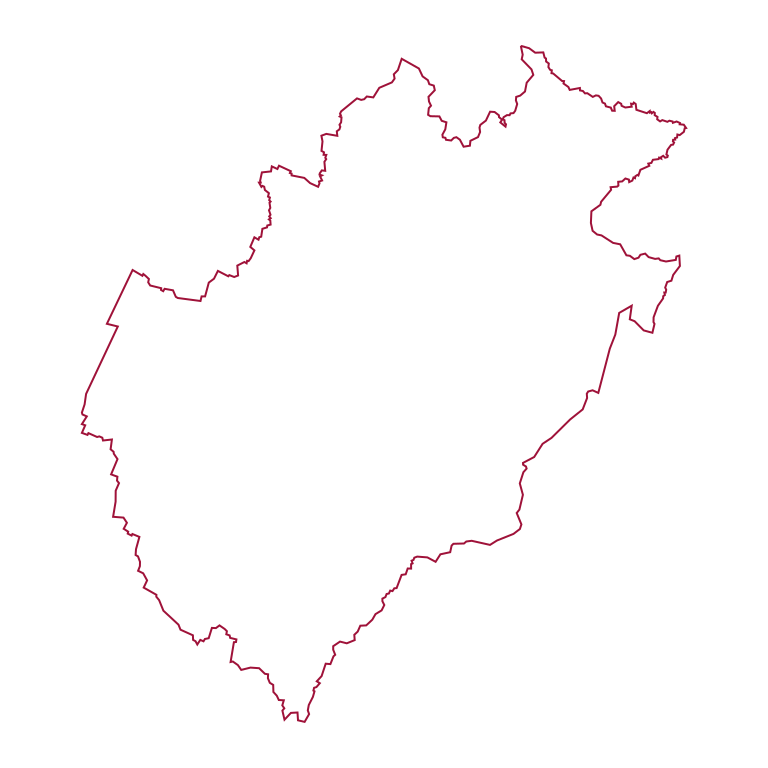 outline of Ban Khai, Rayong, Thailand
{"feature_id": "78962969B77323566799689", "entity_name": "Ban Khai", "entity_type": "district", "adm_level": 2, "iso_a3": "THA", "parent_name": "Thailand", "parent_adm1": "Rayong", "projection": "natural_earth1", "projection_center": [101.382, 12.833], "detail": "fine", "context": "isolated", "style": "outline", "palette": "rose", "viewbox_px": 768, "rotation_deg": 0, "n_neighbors": 0, "source": "geoboundaries", "source_scale": "gbopen_adm2", "svg_char_len": 6061}
<svg xmlns="http://www.w3.org/2000/svg" viewBox="0 0 768 768"><path d="M663.1,298.4L663.2,296.2L664.9,295.0L664.3,292.5L665.7,292.5L666.2,289.7L665.2,287.6L667.2,282.0L671.4,280.7L673.2,274.9L679.9,266.0L679.3,255.6L676.4,256.5L675.8,259.9L666.0,261.5L660.3,260.2L658.7,258.4L655.1,258.9L648.6,257.1L645.2,253.6L640.4,254.8L638.5,257.7L634.3,259.1L629.9,255.8L626.4,255.3L620.2,244.3L613.1,242.9L601.5,235.4L597.1,234.5L592.6,230.8L590.9,223.0L591.4,211.3L600.4,204.8L601.1,201.8L611.1,189.8L610.6,187.2L617.2,186.6L618.4,185.6L618.2,181.8L622.2,181.4L625.4,178.5L628.9,179.6L629.2,182.1L632.3,180.6L633.5,177.5L635.0,178.2L635.3,176.3L637.4,174.9L638.4,175.5L640.4,169.8L649.3,165.8L648.3,163.6L651.4,162.9L652.9,159.8L658.6,159.1L659.1,157.6L661.2,158.6L660.9,157.3L663.2,155.8L665.1,157.7L667.4,157.1L667.8,155.6L666.4,154.5L667.5,149.7L671.1,144.9L673.1,144.6L674.1,142.5L672.9,141.4L673.1,139.8L675.2,139.6L675.0,138.1L677.1,137.5L677.4,134.5L679.7,135.1L683.9,131.8L684.7,128.3L686.1,128.0L683.8,124.7L679.7,124.3L680.0,123.0L676.6,121.5L672.9,122.8L672.6,121.5L669.4,120.7L667.4,121.8L662.3,120.1L660.1,121.4L657.2,119.3L657.5,116.9L654.7,115.2L654.8,112.9L653.4,111.9L651.8,113.3L651.2,112.1L650.0,112.6L649.8,111.0L646.9,113.2L636.4,109.8L635.7,104.0L633.8,102.6L633.0,104.0L631.1,103.7L631.7,106.7L625.3,107.5L621.6,105.8L621.2,103.8L618.2,102.1L614.2,106.2L614.7,110.8L612.1,110.7L610.8,107.6L605.9,106.3L605.0,103.6L602.5,102.5L601.1,98.5L598.6,95.8L595.9,95.4L592.8,96.9L587.3,93.2L585.0,93.4L582.9,91.0L580.0,90.4L579.9,88.0L569.7,89.9L568.4,87.0L563.5,83.5L564.0,81.1L562.1,81.0L553.2,73.5L551.5,73.2L551.8,70.3L550.1,69.8L548.4,67.1L548.8,63.5L546.1,61.5L546.0,58.5L544.6,57.6L543.3,52.4L535.2,52.7L529.1,48.2L521.7,46.1L521.0,46.7L522.7,54.7L521.7,59.3L531.5,69.4L533.3,74.9L526.7,82.7L525.0,91.5L520.2,95.6L516.2,96.9L515.9,100.4L517.2,104.0L515.2,110.8L513.5,113.1L510.5,113.4L509.6,115.2L507.0,115.1L503.6,117.2L502.8,119.3L504.5,120.2L504.6,122.8L506.0,124.3L505.5,126.6L500.3,122.4L502.1,119.7L499.0,117.1L498.9,115.3L494.6,112.0L490.1,111.7L485.9,120.6L480.3,124.9L479.5,127.6L480.1,132.0L478.0,137.1L470.4,140.8L469.9,145.7L463.6,146.7L459.9,139.7L456.4,137.2L453.8,137.9L451.2,140.5L446.0,139.8L445.4,137.8L442.8,137.3L442.4,134.7L445.3,129.3L446.4,122.3L441.7,120.8L439.4,116.4L430.4,116.2L428.1,114.8L428.8,108.2L431.0,105.7L429.0,101.5L428.5,96.8L434.8,90.2L433.8,85.6L429.3,84.2L427.9,80.2L422.6,76.4L418.9,68.5L401.7,58.8L397.9,70.1L393.8,74.3L394.6,78.6L391.9,82.4L379.3,87.8L373.3,97.4L366.8,96.5L364.2,99.2L361.2,99.9L357.0,98.4L341.1,111.4L340.0,113.8L340.9,115.3L339.7,116.5L341.5,117.3L341.1,122.3L339.5,124.8L340.3,126.8L339.4,129.4L336.8,131.3L337.3,135.8L326.3,133.9L321.4,135.7L322.5,141.4L321.5,150.9L324.0,152.3L323.6,154.8L326.3,154.9L325.3,157.8L326.2,159.1L324.4,161.8L325.2,170.8L321.8,170.4L319.8,173.3L319.5,174.6L321.9,175.4L320.1,176.4L322.1,180.5L319.0,181.5L319.5,183.4L318.1,186.8L310.1,183.1L304.3,177.9L291.6,175.4L291.6,173.6L289.9,173.0L290.8,171.2L279.0,165.7L277.4,169.0L271.8,166.4L271.0,171.4L261.9,172.4L260.1,180.8L260.7,182.5L259.0,182.6L261.4,186.9L262.4,185.9L264.2,186.7L264.9,190.0L268.9,193.2L268.0,196.6L269.9,197.5L269.2,200.2L270.6,201.6L269.5,202.7L270.3,207.9L269.0,210.3L270.5,214.8L269.2,216.4L270.7,218.2L268.9,219.4L270.3,220.6L270.6,224.6L267.3,225.5L267.0,227.4L262.4,228.8L261.2,236.7L259.3,237.2L258.5,239.7L254.4,237.3L250.3,246.9L254.4,250.4L250.7,258.3L248.6,261.1L247.1,260.8L246.6,263.3L244.4,262.0L237.3,265.6L238.1,275.5L234.2,277.0L229.3,275.1L228.3,276.3L217.9,270.9L214.0,278.7L208.8,282.6L205.1,296.4L201.6,296.4L200.5,301.0L177.8,298.0L175.8,296.8L173.0,290.3L164.6,288.8L163.2,291.2L161.0,289.9L161.2,288.2L150.2,285.5L148.2,282.3L148.9,279.0L145.4,275.7L143.3,274.0L142.4,275.8L132.6,270.0L106.9,323.8L117.8,326.5L86.1,393.9L84.6,404.4L81.9,412.6L82.5,414.5L86.8,416.4L81.9,424.1L85.2,425.3L81.9,432.9L87.5,434.9L88.4,433.1L97.1,437.0L99.3,436.4L102.3,437.7L103.0,440.5L111.9,439.5L110.6,449.3L113.6,451.8L113.8,453.7L117.5,459.1L111.1,474.4L117.4,476.7L117.0,480.6L119.0,483.1L115.7,490.7L115.6,501.7L113.1,516.8L123.5,517.6L126.9,522.8L123.7,528.8L128.2,531.7L127.7,533.6L131.6,535.6L132.4,534.0L139.4,536.9L136.0,549.2L135.6,555.0L138.0,556.4L140.0,561.8L139.9,566.2L138.1,570.8L143.2,573.3L147.1,580.4L143.7,587.6L156.4,594.8L156.3,596.7L159.1,600.1L163.4,610.7L178.5,624.7L180.5,629.7L192.9,635.3L193.1,639.9L195.5,641.2L197.3,644.5L200.3,639.9L203.5,641.3L204.9,639.0L208.7,638.2L211.9,627.9L215.9,628.1L219.5,625.4L224.7,629.0L226.9,631.2L226.3,634.3L229.6,635.4L230.2,637.9L236.4,639.4L236.0,642.0L233.9,642.2L230.6,662.0L232.8,661.5L237.9,665.1L241.2,669.9L250.5,667.6L259.1,668.2L264.9,673.8L268.1,674.3L267.9,678.2L269.8,682.8L273.2,684.9L273.4,692.0L276.8,695.7L278.8,700.0L283.8,700.3L282.3,705.4L284.3,708.3L282.4,710.6L284.5,719.7L290.9,712.9L297.5,712.5L298.0,720.3L304.6,721.9L309.1,714.1L307.8,710.4L308.8,705.0L312.9,696.9L314.5,691.3L313.4,690.6L314.1,687.8L316.4,687.1L319.8,683.2L316.8,681.3L321.6,676.1L325.7,663.7L330.4,664.1L333.5,656.3L335.2,654.8L333.2,649.7L333.2,646.2L340.0,641.6L346.8,643.3L354.7,640.1L354.3,634.8L357.7,631.6L360.3,625.7L366.2,625.4L372.3,619.7L375.5,614.1L381.6,610.4L384.3,605.0L382.4,601.2L382.4,598.6L385.4,597.1L386.6,594.0L388.9,593.5L390.2,590.6L392.5,591.1L394.3,588.3L396.6,588.1L401.6,574.9L405.7,574.3L407.7,568.5L411.1,568.6L411.1,564.1L412.6,563.4L411.6,560.7L413.5,559.9L414.3,557.7L417.2,556.6L427.4,557.4L435.6,561.8L440.4,554.3L450.2,552.2L451.6,545.6L453.4,543.8L464.0,543.5L466.3,541.5L471.7,540.8L490.0,544.9L497.0,540.5L513.5,533.9L519.9,529.0L521.4,524.4L516.7,513.0L519.4,509.6L522.9,494.8L519.8,483.4L523.4,472.2L526.6,468.6L526.0,466.5L523.1,464.7L523.0,462.9L534.2,457.0L542.6,443.8L551.5,437.9L570.1,419.5L582.7,409.4L587.1,398.0L586.8,393.7L588.2,391.5L592.6,390.3L598.3,392.9L609.8,348.7L615.3,334.6L619.2,312.9L631.7,305.7L629.8,319.3L634.6,321.2L643.7,330.4L652.4,332.8L654.5,323.9L653.5,322.1L653.6,317.3L657.9,305.8L663.1,298.4Z" fill="none" stroke="#9f1239" stroke-width="2"/></svg>